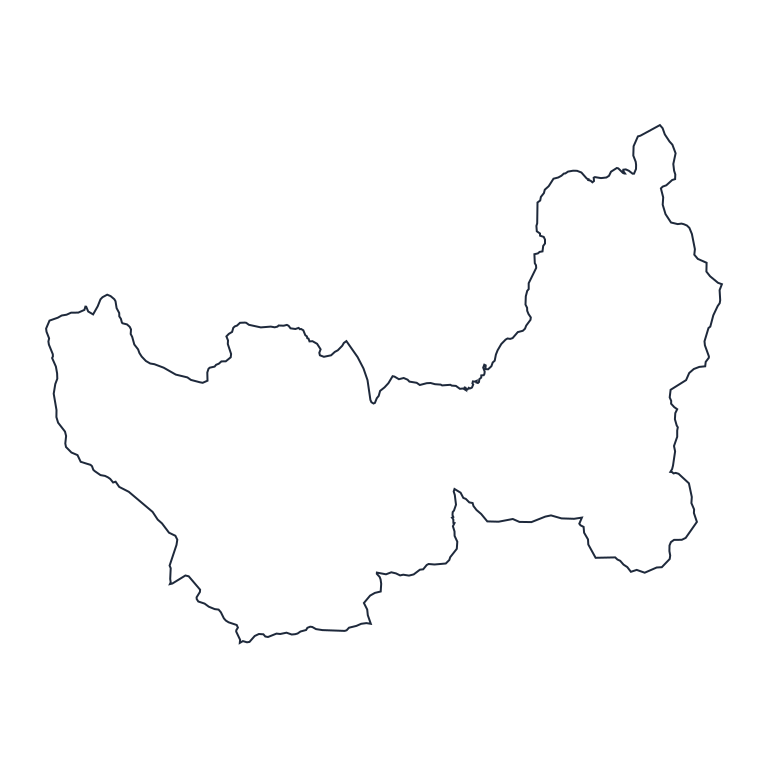 the district of Concepción, Santander, Colombia
{"feature_id": "7082276B80611154033252", "entity_name": "Concepción", "entity_type": "district", "adm_level": 2, "iso_a3": "COL", "parent_name": "Colombia", "parent_adm1": "Santander", "projection": "albers", "projection_center": [-72.613, 6.801], "detail": "fine", "context": "isolated", "style": "outline", "palette": "slate", "viewbox_px": 768, "rotation_deg": 0, "n_neighbors": 0, "source": "geoboundaries", "source_scale": "gbopen_adm2", "svg_char_len": 6088}
<svg xmlns="http://www.w3.org/2000/svg" viewBox="0 0 768 768"><path d="M659.9,125.1L640.4,135.7L637.9,136.4L633.6,146.2L633.3,155.6L635.7,161.8L636.1,165.0L636.0,169.0L634.0,173.7L632.6,173.7L628.9,170.8L625.8,169.4L623.3,169.7L623.1,170.8L625.0,173.5L624.3,173.5L622.9,172.9L618.3,168.4L616.8,168.0L611.0,171.7L609.0,175.8L606.4,177.5L601.0,178.1L594.9,177.1L593.7,177.7L594.0,181.0L592.4,182.3L590.6,180.7L588.3,180.1L588.6,179.3L586.8,178.6L581.4,172.5L577.0,170.8L573.1,170.7L568.0,171.6L565.4,173.4L563.8,173.6L561.5,175.7L558.2,177.5L553.5,178.7L548.7,186.2L544.8,189.7L543.9,193.1L540.9,196.9L540.2,200.5L537.5,202.5L537.2,223.3L536.4,225.9L536.8,231.3L540.0,233.5L540.1,235.7L543.7,236.9L545.0,239.6L545.0,243.5L543.2,245.9L542.5,251.4L539.6,251.9L537.9,253.4L534.4,254.2L534.8,263.2L536.0,265.3L536.2,267.9L528.7,283.2L528.7,289.1L527.2,290.9L525.8,296.3L525.5,304.6L527.1,307.8L527.2,310.8L528.5,314.0L530.8,317.4L530.5,319.8L526.2,325.6L525.0,328.7L522.8,330.8L517.8,332.1L512.6,338.1L510.2,338.9L507.5,338.5L505.6,339.6L501.3,344.0L497.6,350.3L495.9,354.6L494.7,360.7L492.7,362.5L491.4,366.2L488.1,369.3L485.4,369.1L485.7,365.4L484.3,364.7L483.2,367.6L484.7,371.7L484.4,374.0L483.7,375.2L481.3,375.4L481.2,377.6L479.3,379.2L479.0,382.0L477.9,383.0L476.4,382.5L476.7,380.8L474.8,381.6L472.9,381.4L472.4,383.4L473.2,384.5L472.0,387.5L470.9,388.1L469.8,388.5L468.8,387.8L467.4,389.6L466.7,389.6L465.5,387.7L464.7,387.5L464.4,388.5L465.0,389.6L463.2,388.5L459.9,388.8L455.9,385.9L451.7,385.6L450.4,384.8L442.1,385.4L440.7,384.6L435.0,384.2L430.6,383.0L426.7,383.2L419.8,385.0L416.7,382.8L409.4,381.6L407.6,379.7L403.7,378.0L398.9,379.2L394.5,376.6L392.6,376.2L388.4,383.2L384.5,387.4L380.1,390.9L378.7,395.9L376.8,398.2L374.9,402.9L373.5,403.5L371.4,402.2L370.4,399.9L367.5,380.1L363.5,368.5L357.6,357.1L346.4,341.1L343.8,343.0L342.3,345.7L337.8,350.3L334.8,351.9L331.1,355.3L323.9,356.8L319.9,355.3L319.3,352.8L320.6,349.3L317.1,343.8L312.5,341.2L309.5,341.4L308.5,338.6L307.3,338.2L306.9,336.4L305.3,335.2L303.3,330.3L301.1,329.0L299.9,329.2L298.6,327.9L295.4,329.0L290.5,328.3L288.6,325.8L286.9,324.9L283.7,325.7L278.6,325.5L277.5,326.6L274.7,327.3L270.8,326.6L260.8,327.4L248.9,324.8L246.2,322.8L244.8,322.6L240.0,322.8L237.0,325.6L234.8,326.4L233.3,327.8L232.1,331.9L228.8,333.9L226.4,336.4L228.0,340.4L227.8,344.0L231.1,354.0L230.7,357.3L225.8,361.3L221.4,361.4L218.8,363.7L216.1,364.8L214.6,366.6L209.7,367.7L208.5,368.8L207.3,372.5L207.5,380.7L202.7,382.8L200.0,382.3L190.9,379.9L187.4,377.4L175.8,374.6L163.7,367.7L154.4,364.2L150.2,363.5L145.9,361.0L141.7,356.6L139.4,353.0L138.1,349.4L134.3,344.5L132.2,336.9L130.7,334.0L131.0,329.4L129.7,326.8L127.0,324.4L122.6,323.3L121.9,322.6L120.9,318.8L119.3,316.4L119.2,313.0L116.6,308.1L115.5,301.2L114.3,299.2L110.6,296.1L107.2,294.7L102.5,297.2L100.5,299.3L97.7,306.3L93.1,314.4L88.2,311.5L86.2,306.7L85.4,306.6L84.4,309.9L78.3,312.6L71.0,312.7L66.6,314.7L61.7,315.5L57.8,317.7L49.5,320.6L46.1,328.6L46.5,331.7L49.1,338.4L48.4,341.5L48.9,344.6L52.8,354.2L52.9,356.5L52.1,358.0L55.9,366.6L57.1,373.4L57.3,378.7L55.3,384.0L53.7,393.7L56.5,410.1L56.4,417.1L58.1,422.7L65.0,431.6L66.1,436.0L65.3,443.5L66.0,447.0L71.4,452.5L77.5,455.1L80.7,461.8L90.6,464.9L92.0,466.2L93.3,469.8L94.7,471.1L100.5,475.1L105.0,475.9L107.9,477.3L110.2,478.9L113.1,482.5L115.6,481.7L119.2,486.9L128.8,491.8L152.6,511.9L157.7,519.6L162.0,523.4L169.0,532.7L175.4,535.8L177.3,539.7L176.5,544.9L169.6,565.6L170.7,568.2L170.2,579.0L170.7,582.3L169.9,584.1L172.4,583.5L185.4,575.5L188.7,576.3L200.1,589.7L199.9,592.0L196.6,597.3L196.7,599.0L198.3,601.5L204.6,603.6L208.8,606.7L214.7,609.1L218.6,609.6L220.9,612.3L223.9,618.4L225.9,620.6L228.6,622.3L236.7,625.0L237.9,627.6L236.3,630.2L236.2,631.6L240.1,639.8L239.8,642.9L242.9,641.1L247.0,642.3L249.5,641.9L254.7,636.0L258.9,634.0L263.4,634.3L265.3,636.5L268.0,637.0L276.5,633.6L280.2,634.0L286.5,632.7L291.7,634.5L295.1,634.2L297.6,633.5L300.5,631.5L306.1,630.0L307.4,627.8L310.2,626.7L312.3,627.0L316.0,629.1L322.5,630.1L344.7,630.9L346.6,630.3L349.0,627.7L356.4,625.9L361.2,623.8L366.4,623.1L370.8,623.8L367.8,615.2L367.2,609.5L363.9,603.0L370.1,595.6L374.9,592.9L380.7,591.5L381.2,583.8L380.6,579.5L379.7,577.0L376.8,573.8L376.9,572.6L386.0,574.3L391.3,572.3L396.0,573.4L400.1,575.4L403.2,574.7L409.0,575.6L413.7,574.4L419.9,569.7L423.2,569.3L426.7,565.0L428.6,564.0L434.5,564.5L445.8,563.5L449.3,560.0L450.2,557.2L456.8,548.8L457.3,541.7L454.6,535.9L454.5,531.4L452.9,526.2L454.5,523.1L453.4,522.9L453.3,519.4L452.0,517.6L453.3,517.0L452.5,515.1L452.7,512.1L454.0,510.5L456.0,504.7L454.8,495.0L453.7,491.5L454.5,489.0L460.6,492.7L463.3,497.9L465.8,498.9L469.3,502.4L472.6,503.0L473.5,506.1L476.5,510.0L481.2,514.0L487.3,521.4L498.6,521.7L512.8,519.0L519.4,521.9L531.4,522.1L545.3,516.6L551.0,515.4L561.5,518.4L574.1,518.8L581.9,517.6L579.3,523.7L580.5,525.3L583.6,526.9L584.1,532.7L588.0,539.4L588.3,544.5L595.6,557.8L615.2,557.4L617.4,559.5L620.2,560.8L623.5,564.6L627.3,567.1L630.9,571.8L636.7,569.9L644.7,572.7L656.7,567.5L661.8,567.2L669.7,559.0L670.2,555.5L669.4,551.1L669.5,545.5L670.9,542.1L674.0,539.9L681.8,539.8L685.7,537.9L696.9,521.9L693.9,513.0L694.1,509.4L691.4,503.1L691.8,497.0L688.9,483.3L678.6,473.8L675.7,472.9L673.5,473.4L672.1,472.1L670.4,471.9L672.1,469.1L673.0,465.6L675.1,451.4L674.0,446.0L677.2,436.8L677.2,430.5L677.8,427.3L676.7,425.5L674.9,419.2L675.3,413.1L677.2,409.2L674.2,407.1L671.1,403.7L671.2,400.9L669.7,397.4L670.6,389.8L686.1,380.1L689.2,373.0L693.8,369.0L699.3,366.9L705.2,366.3L705.7,361.9L708.8,357.8L708.9,356.4L704.9,345.3L704.5,341.3L708.5,328.0L710.3,326.6L713.3,315.3L717.7,306.0L719.7,303.2L720.2,300.2L719.6,290.1L721.9,284.2L718.0,282.8L710.1,276.3L706.4,271.6L706.6,262.8L697.8,258.9L694.3,254.7L694.9,249.2L691.9,234.0L689.4,227.9L686.9,225.5L683.8,224.2L681.5,223.6L677.7,224.1L671.0,222.5L665.5,214.1L662.7,204.7L663.2,197.4L660.9,188.4L662.7,186.6L666.3,185.3L672.2,180.0L675.1,179.1L675.3,174.5L674.1,170.7L673.3,164.0L675.6,153.3L672.4,144.7L669.5,141.5L664.8,134.4L662.6,128.2L659.9,125.1Z" fill="none" stroke="#1e293b" stroke-width="2"/></svg>